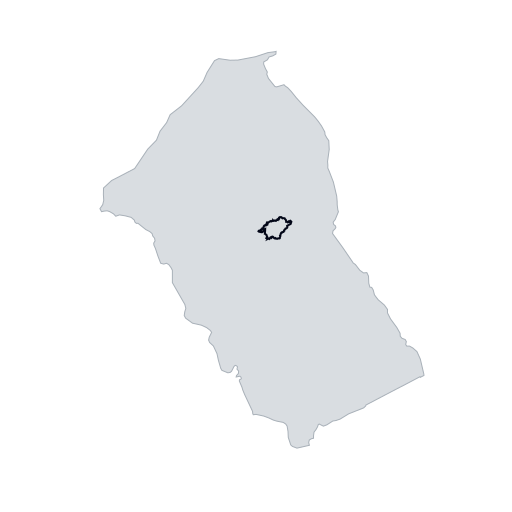 Nkoranza North, Brong Ahafo, Ghana (highlighted), rotated 153°
{"feature_id": "2480657B63998169387071", "entity_name": "Nkoranza North", "entity_type": "district", "adm_level": 2, "iso_a3": "GHA", "parent_name": "Ghana", "parent_adm1": "Brong Ahafo", "projection": "robinson", "projection_center": [-1.569, 7.72], "detail": "fine", "context": "in_parent", "style": "outline", "palette": "ink", "viewbox_px": 512, "rotation_deg": 153, "n_neighbors": 0, "source": "geoboundaries", "source_scale": "gbopen_adm2", "svg_char_len": 6969}
<svg xmlns="http://www.w3.org/2000/svg" viewBox="0 0 512 512"><g transform="rotate(153 256 256)"><path d="M306.7,66.2L310.0,69.8L310.8,71.9L309.6,79.7L307.1,85.2L305.5,90.3L305.8,92.8L307.3,95.4L312.4,99.4L315.1,102.0L318.2,106.0L321.8,109.9L327.9,114.9L330.5,115.8L330.4,117.2L329.6,119.1L329.0,137.9L328.6,142.8L328.1,145.2L327.6,152.2L326.9,153.2L325.7,153.1L324.7,153.4L324.4,154.8L324.9,156.2L328.6,157.2L327.7,158.3L325.0,159.3L323.7,161.4L324.3,163.8L322.8,165.7L323.2,167.0L324.2,168.0L325.7,167.6L330.1,164.4L331.9,164.0L334.1,164.7L338.3,169.6L338.4,172.0L336.8,180.3L335.1,186.7L334.8,195.2L336.6,200.0L336.4,202.6L334.5,204.9L330.2,208.1L330.5,210.4L332.5,214.6L336.1,219.2L343.1,225.0L346.9,232.5L347.0,235.5L344.8,238.6L342.3,241.2L341.4,245.1L342.6,270.2L337.0,281.2L337.0,284.3L337.6,287.9L339.0,290.1L341.9,290.7L344.2,292.8L343.4,300.5L342.2,308.3L342.0,312.1L341.3,313.9L339.1,315.3L338.3,317.8L338.9,320.8L338.4,323.1L339.6,326.0L342.2,329.6L346.3,338.7L347.8,339.4L348.5,341.3L348.1,343.1L349.7,347.1L354.2,351.1L359.0,354.6L362.9,355.1L363.8,358.2L366.3,362.1L368.2,363.9L371.1,365.0L373.5,365.6L373.6,369.0L369.3,371.3L366.4,374.7L364.1,380.0L361.0,385.8L350.4,388.8L346.3,388.8L324.4,389.0L303.9,400.4L292.1,404.4L284.8,410.8L275.1,415.4L268.3,420.9L254.1,423.6L230.9,432.3L223.6,435.7L216.2,441.8L204.3,448.9L199.6,448.8L190.2,442.2L183.2,438.8L166.0,433.8L153.1,431.8L146.9,429.6L145.2,429.2L146.6,426.9L150.2,426.7L154.0,427.4L156.8,425.6L161.0,425.4L162.1,423.5L162.5,418.7L162.4,414.8L163.9,413.1L164.3,408.5L162.2,398.4L160.8,397.3L153.3,395.9L152.7,393.9L151.4,391.7L149.9,386.5L148.3,378.8L145.7,369.2L140.6,353.4L139.4,347.8L138.6,342.1L138.4,335.3L139.4,332.7L139.3,329.2L138.8,325.7L142.4,317.7L149.3,307.8L150.8,304.2L152.1,301.8L152.3,298.2L153.5,286.7L156.9,272.8L159.0,267.6L160.4,264.8L162.1,260.1L162.5,258.0L168.9,252.5L171.9,251.1L172.5,248.9L171.5,246.6L172.0,245.0L173.5,244.2L175.9,243.5L177.6,241.3L174.9,224.2L172.7,207.1L172.6,205.7L171.3,203.3L170.0,196.2L167.9,192.1L164.8,190.9L164.9,187.0L167.9,180.5L168.7,176.6L167.2,175.5L167.0,172.5L168.1,167.6L167.6,164.6L167.0,161.5L163.9,154.0L163.1,148.7L164.7,145.6L164.7,138.8L163.0,128.4L162.7,121.8L163.9,119.0L163.3,116.4L161.0,113.9L160.9,111.5L162.8,109.2L162.6,107.3L160.1,106.0L158.0,102.8L156.0,97.7L156.4,89.5L160.1,74.5L160.6,73.3L164.7,73.3L164.7,74.0L177.5,73.8L192.2,73.7L209.7,73.5L225.7,73.3L226.3,72.6L229.0,71.8L245.1,73.3L255.1,72.5L259.4,73.1L262.5,74.1L269.5,73.4L273.2,73.8L276.0,77.6L277.1,77.5L278.7,75.9L281.4,74.1L284.3,72.7L286.3,69.8L287.5,67.5L289.4,68.0L292.0,67.9L293.7,66.0L294.4,63.1L306.7,66.2Z" fill="#d9dde1" stroke="#a8b0b8" stroke-width="1"/><path d="M230.5,262.6L230.3,262.6L230.2,262.6L230.0,262.4L229.8,262.1L229.4,262.0L229.3,261.7L229.1,261.7L228.7,261.7L227.8,261.5L227.6,261.3L227.5,261.1L227.0,261.0L226.8,261.0L226.6,261.1L226.4,261.6L226.0,262.0L225.4,262.5L225.3,263.3L225.2,263.3L224.8,263.4L224.3,264.0L224.1,264.4L224.0,264.5L223.6,264.7L223.2,265.1L222.6,264.9L222.5,265.0L222.4,265.3L222.1,265.3L221.9,265.3L221.7,265.4L221.0,265.0L220.8,265.0L220.7,265.0L220.2,265.1L220.0,265.4L220.0,265.5L219.9,265.6L219.7,265.7L219.4,265.7L219.4,266.0L219.2,266.1L218.9,266.3L218.7,266.5L218.4,266.5L218.1,266.6L217.9,266.7L217.7,266.7L217.2,267.1L216.6,266.8L216.0,266.9L215.5,267.0L215.3,267.1L215.1,267.3L215.0,267.6L214.9,267.8L214.7,268.0L214.7,268.4L214.6,268.5L214.5,268.8L212.7,268.8L210.6,268.8L209.2,270.2L209.5,270.4L209.5,270.5L209.1,270.9L209.1,271.1L209.2,271.5L209.4,271.9L209.7,271.9L209.9,271.7L210.1,271.6L210.4,271.4L210.8,271.0L211.0,271.2L211.3,271.3L211.5,271.3L212.2,271.5L211.9,272.1L212.8,272.1L213.0,272.4L213.2,272.6L213.4,272.7L213.3,272.8L213.4,273.3L213.2,273.9L213.1,274.4L213.0,274.6L213.1,275.0L213.4,275.5L213.4,276.0L213.3,276.4L213.5,276.6L213.6,276.8L214.2,277.2L214.6,277.3L214.9,277.4L215.1,277.4L215.2,277.6L215.4,277.7L215.5,278.0L215.5,278.3L215.7,278.5L215.7,278.8L215.7,279.0L215.9,279.1L216.1,279.1L216.5,279.4L216.5,279.5L216.9,279.6L217.0,279.5L217.3,279.5L217.4,279.4L217.5,279.4L217.9,279.4L218.0,279.3L218.0,279.5L218.2,279.4L218.3,279.5L218.4,279.4L218.5,279.3L218.8,279.1L219.0,279.1L219.0,278.9L219.3,278.8L219.3,278.7L219.5,278.6L219.7,278.3L219.8,278.3L220.0,278.5L220.1,278.4L220.2,278.5L220.3,278.6L220.4,278.4L220.5,278.5L220.6,278.4L220.8,278.4L221.1,278.6L221.3,278.6L221.5,278.5L221.8,278.5L222.0,278.4L222.2,278.5L222.3,278.4L222.4,278.5L222.5,278.5L222.8,278.5L223.0,278.6L223.1,278.9L223.1,279.0L223.3,279.0L223.6,279.3L223.9,279.3L224.1,279.3L224.1,279.5L224.5,279.6L224.6,279.9L224.7,279.7L224.9,279.6L225.1,279.6L225.3,279.7L225.9,279.8L226.0,279.8L226.3,279.8L226.3,280.1L226.5,280.1L226.8,280.1L227.1,280.4L227.2,280.5L227.4,280.4L227.5,280.3L227.8,280.3L228.3,280.5L228.5,280.4L229.1,280.1L229.3,280.0L229.3,279.9L229.4,280.1L229.5,280.1L229.7,280.3L229.8,280.3L230.0,280.3L230.1,280.5L230.3,280.4L230.5,280.4L230.5,280.5L230.8,280.5L230.8,280.4L231.0,280.5L231.1,280.4L231.3,280.3L231.4,280.1L231.6,280.1L231.6,279.9L231.7,280.0L231.8,279.9L231.8,280.0L231.9,279.9L231.9,280.0L232.0,279.9L232.0,279.7L232.1,279.4L232.3,279.2L232.4,279.4L232.5,279.4L232.5,279.2L232.5,278.9L232.8,279.0L233.1,278.8L233.4,278.8L233.5,278.9L233.5,279.1L233.8,279.4L234.0,279.4L234.2,279.2L234.4,279.0L234.6,279.0L234.8,279.0L235.1,279.2L235.3,279.0L235.6,278.8L235.8,278.8L235.9,278.7L236.0,278.5L236.0,278.3L236.2,278.2L236.3,278.0L236.4,277.9L236.5,277.9L236.8,277.8L237.0,277.7L237.3,277.7L237.9,277.8L238.0,277.6L238.3,277.5L238.7,277.4L238.8,277.3L238.7,277.2L238.9,277.2L239.0,277.1L239.1,276.9L239.3,276.8L239.7,276.7L239.9,276.6L240.0,276.6L240.3,276.6L240.7,276.5L241.1,276.6L241.0,276.9L241.3,276.8L241.4,276.7L241.9,277.1L242.0,277.0L242.3,277.1L242.6,276.9L242.5,276.6L242.3,276.3L242.1,276.1L241.9,276.1L241.6,275.8L241.3,275.7L241.2,275.4L240.9,275.1L240.7,275.0L240.4,274.9L240.1,274.5L239.6,274.4L239.3,274.5L239.2,274.6L238.8,274.5L238.6,274.6L238.4,274.6L238.2,274.7L238.1,274.8L237.9,274.7L237.9,274.8L238.0,275.0L237.9,275.1L237.4,275.4L236.9,275.3L236.6,275.6L236.5,275.4L236.4,275.3L236.2,275.3L236.2,275.5L235.9,275.9L235.6,275.9L235.8,275.6L235.9,275.2L236.8,273.7L237.2,273.4L237.4,272.7L237.7,272.2L238.0,271.8L237.7,271.6L237.7,271.4L237.5,271.1L237.4,270.5L237.2,270.0L237.1,269.9L237.3,269.1L237.2,268.3L237.4,268.1L237.5,268.0L237.5,267.9L237.8,267.8L237.9,267.6L238.2,267.5L238.3,267.4L238.5,267.3L238.7,267.2L238.5,266.8L238.2,266.7L237.9,266.7L237.6,266.6L237.1,266.2L237.6,265.9L237.4,265.9L237.2,265.7L236.7,265.6L236.5,265.3L236.3,265.5L236.1,265.3L235.9,265.5L235.7,265.6L235.3,265.6L235.2,265.7L235.0,265.8L234.8,265.9L234.6,266.0L234.5,265.9L234.4,265.9L234.5,265.8L234.3,265.6L233.9,265.3L233.9,265.2L233.6,265.3L233.4,265.3L233.2,265.3L232.5,265.6L232.3,265.6L232.2,265.5L232.1,265.3L232.0,265.0L231.7,263.6L231.3,263.1L231.2,263.0L230.8,263.2L230.7,263.2L230.7,262.8L230.5,262.6Z" fill="none" stroke="#020617" stroke-width="2"/></g></svg>